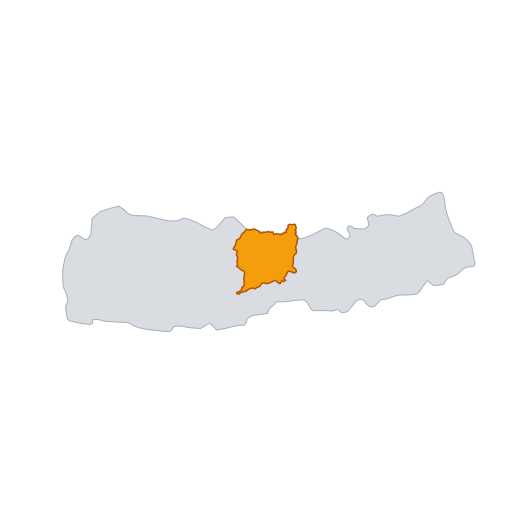 Gandaki on a map of Nepal (Albers equal-area conic projection), rotated 333°
{"feature_id": "NPL-1095", "entity_name": "Gandaki", "entity_type": "District", "adm_level": 1, "iso_a3": "NPL", "parent_name": "Nepal", "parent_adm1": "", "projection": "albers", "projection_center": [84.335, 28.335], "detail": "fine", "context": "in_parent", "style": "filled", "palette": "amber", "viewbox_px": 512, "rotation_deg": 333, "n_neighbors": 0, "source": "natural_earth", "source_scale": "10m", "svg_char_len": 5546}
<svg xmlns="http://www.w3.org/2000/svg" viewBox="0 0 512 512"><g transform="rotate(333 256 256)"><path d="M448.1,282.3L450.2,283.8L450.4,286.2L450.2,288.9L448.3,294.9L446.6,299.0L444.8,307.8L443.3,322.9L443.8,325.5L449.8,334.0L452.3,340.6L452.6,345.1L450.4,352.8L447.9,361.4L446.6,363.4L445.1,364.1L437.8,361.3L432.9,361.9L427.3,363.7L421.3,363.5L416.4,362.7L410.3,366.3L404.3,364.6L400.5,362.5L397.8,356.6L396.7,355.9L384.4,362.4L381.4,362.8L373.6,359.6L367.2,356.4L364.8,355.5L358.7,354.3L353.2,353.6L347.1,351.6L339.7,354.4L336.7,354.2L333.9,352.3L332.4,348.3L332.0,344.6L329.4,342.0L325.5,341.4L320.0,343.8L312.1,347.0L309.5,346.5L307.1,345.6L306.2,344.8L305.1,341.2L303.8,340.5L301.9,340.4L298.6,339.5L294.6,336.9L282.2,330.7L280.7,327.9L280.7,321.8L280.0,319.2L278.5,316.6L272.2,313.9L260.0,309.5L253.2,306.0L250.0,307.6L243.8,309.1L240.4,312.2L236.5,311.2L227.0,307.8L221.9,307.3L218.8,308.4L218.1,310.3L214.2,312.4L210.5,310.6L203.2,308.3L196.8,306.9L187.2,304.0L186.1,299.7L184.6,295.5L182.3,294.7L173.6,295.4L165.7,290.6L157.3,284.5L153.7,282.5L151.3,281.7L149.2,282.5L146.9,283.8L144.7,284.2L140.1,281.5L134.3,277.7L127.2,273.1L118.9,266.6L115.5,263.0L114.0,260.3L112.2,257.7L105.0,253.4L99.3,250.0L92.4,245.9L91.2,245.1L88.6,242.7L84.7,239.7L81.4,238.7L80.3,240.3L79.4,242.0L76.5,241.5L72.1,238.3L67.5,235.1L63.9,232.0L60.2,228.9L59.4,226.7L61.2,220.0L63.6,214.2L65.5,213.0L68.7,209.2L70.0,202.5L70.1,196.7L73.4,188.7L77.7,180.1L85.0,171.1L88.1,168.1L91.6,166.1L98.2,159.4L99.6,158.3L102.5,156.7L105.3,156.3L107.3,157.2L109.4,160.9L111.9,164.3L115.1,164.2L118.9,161.4L126.9,148.2L137.6,145.7L147.6,147.3L156.5,149.4L159.1,154.0L160.7,158.7L161.8,161.1L164.7,164.0L177.2,170.9L184.4,177.1L194.5,185.3L202.1,189.0L208.8,189.4L212.6,192.6L218.3,199.0L223.1,206.3L229.1,213.1L233.3,212.9L239.0,210.7L246.0,207.9L250.1,209.3L253.9,211.2L255.2,214.7L257.5,221.2L260.0,228.1L264.0,230.5L268.7,234.0L271.4,236.8L280.3,241.9L281.6,244.0L283.4,245.4L285.5,246.3L287.4,247.3L290.2,247.7L300.5,244.6L303.2,244.9L304.8,245.5L304.9,246.6L303.0,251.4L301.5,257.6L303.1,260.7L307.5,261.9L317.1,262.7L330.0,262.5L334.0,265.6L337.9,270.2L342.0,278.2L343.6,281.5L345.6,282.5L348.9,281.1L349.4,277.8L349.5,272.9L352.3,271.2L354.1,272.4L356.3,276.2L361.7,279.5L365.6,281.2L369.3,280.5L370.8,279.2L372.5,272.4L375.4,271.4L379.1,271.8L380.5,273.1L382.1,275.7L386.6,276.9L391.0,278.5L395.2,280.6L401.2,285.4L408.5,286.1L416.9,285.8L421.3,285.8L424.6,286.1L427.5,285.7L436.1,281.9L439.6,281.5L443.9,281.8L448.1,282.3Z" fill="#d9dde1" stroke="#a8b0b8" stroke-width="1"/><path d="M259.8,228.0L260.3,228.7L262.7,230.2L266.0,230.9L266.6,231.1L267.1,231.5L267.9,232.9L268.9,233.8L269.3,234.3L270.0,236.8L270.7,237.8L271.9,238.2L273.0,238.2L273.8,238.5L274.6,239.0L275.5,239.3L278.2,239.8L278.6,240.0L279.1,241.0L279.4,241.4L280.4,241.7L281.3,241.9L281.9,242.4L281.6,244.9L282.2,245.4L284.4,245.5L285.4,246.0L286.6,247.4L287.5,248.1L288.1,248.3L288.7,248.4L291.3,248.2L291.9,248.3L292.7,248.6L293.2,248.7L293.7,248.5L294.1,248.2L294.7,246.9L295.0,246.5L296.4,245.7L296.9,245.6L297.3,245.4L297.6,245.0L298.0,244.0L298.3,243.5L298.7,243.2L299.8,243.0L300.7,243.3L302.5,244.6L304.9,245.3L305.2,246.0L304.7,248.7L304.6,249.2L304.3,249.7L303.9,250.0L303.1,250.3L302.8,250.7L302.7,251.0L302.7,252.1L302.5,252.8L301.2,253.6L300.9,254.1L301.3,257.1L301.3,258.2L301.2,259.8L300.3,260.3L299.6,261.0L298.6,263.0L298.1,263.5L296.2,265.1L295.5,265.9L295.1,266.8L294.3,269.9L293.7,271.0L293.2,271.6L292.7,271.9L291.4,272.2L290.5,272.6L289.6,273.1L289.1,273.6L288.7,274.1L286.3,278.9L285.6,279.7L284.1,281.2L283.8,281.7L283.7,282.3L283.9,282.7L284.1,283.2L285.0,284.8L285.2,285.6L285.3,286.4L285.1,287.5L284.9,288.1L284.5,288.4L284.1,288.5L283.7,288.6L283.3,288.6L282.8,288.5L282.4,288.4L282.0,288.2L281.7,287.8L281.5,287.5L281.3,287.2L281.1,287.1L280.6,286.8L280.0,285.9L279.5,285.2L279.0,284.9L278.6,284.7L278.1,284.5L277.6,284.4L277.1,284.5L276.8,284.7L275.8,285.5L273.2,287.3L271.0,288.2L270.7,288.6L270.5,289.5L270.7,290.1L271.0,290.4L271.2,290.6L271.4,290.9L271.4,291.2L271.2,291.3L269.6,291.1L268.9,291.4L268.3,290.4L267.8,290.0L267.0,290.0L266.3,290.6L265.7,291.2L265.2,291.5L264.7,291.4L264.4,291.3L264.2,291.0L264.2,290.5L264.1,290.1L263.4,289.7L263.2,289.2L263.0,288.3L263.0,287.6L262.7,287.0L261.9,286.6L259.8,286.2L255.4,286.1L253.3,285.6L252.4,285.0L250.7,283.5L249.7,283.1L248.5,283.2L246.3,284.5L245.2,284.8L244.5,284.7L243.2,284.4L242.5,284.3L242.0,284.4L240.9,284.8L240.4,284.8L239.7,284.4L238.4,283.0L237.5,282.6L236.4,282.4L232.5,282.4L231.6,282.9L231.2,283.0L229.5,282.4L229.0,282.4L228.3,282.0L227.5,281.9L226.1,281.9L224.7,281.7L224.2,281.8L223.6,282.3L222.9,281.7L222.1,281.3L221.7,280.8L222.0,280.1L222.7,279.7L223.6,279.7L225.0,280.1L226.8,279.8L228.3,279.0L229.0,277.8L231.8,277.0L232.4,276.4L232.9,275.5L234.2,272.4L234.6,271.1L234.8,270.7L235.8,269.4L236.4,268.4L237.0,267.7L237.6,267.2L238.3,265.5L238.3,264.2L238.1,263.7L237.3,262.8L236.9,262.3L236.5,261.3L236.0,260.6L235.7,260.0L235.2,258.2L234.1,256.3L235.0,255.8L235.3,255.5L235.8,254.9L236.5,252.6L236.9,251.9L237.8,250.6L238.6,249.6L239.0,249.0L239.1,248.2L239.0,246.8L239.2,246.0L239.5,245.5L241.5,243.7L241.3,242.9L241.2,242.5L239.1,240.1L238.9,239.5L239.0,239.3L239.4,238.9L240.0,238.5L241.2,237.9L244.3,235.2L244.8,234.7L245.4,233.6L245.8,233.2L246.5,233.0L247.4,232.9L248.3,233.1L249.1,233.0L249.9,232.7L251.1,231.9L252.3,230.9L252.7,230.5L253.3,230.1L254.0,229.8L256.0,229.5L256.6,229.3L257.9,228.5L259.4,228.2L259.8,228.0Z" fill="#f59e0b" stroke="#b45309" stroke-width="1.5"/></g></svg>